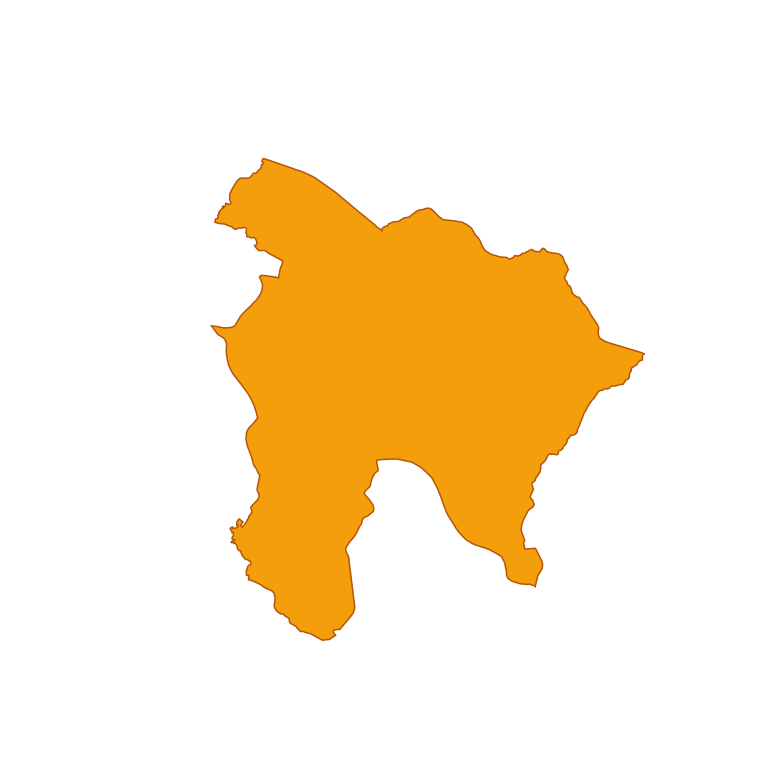 outline of Kampong Tralach, Kâmpóng Chhnang, Cambodia, rotated 143°
{"feature_id": "14789045B48550542527991", "entity_name": "Kampong Tralach", "entity_type": "district", "adm_level": 2, "iso_a3": "KHM", "parent_name": "Cambodia", "parent_adm1": "Kâmpóng Chhnang", "projection": "orthographic", "projection_center": [104.762, 11.974], "detail": "fine", "context": "isolated", "style": "filled", "palette": "amber", "viewbox_px": 768, "rotation_deg": 143, "n_neighbors": 0, "source": "geoboundaries", "source_scale": "gbopen_adm2", "svg_char_len": 6171}
<svg xmlns="http://www.w3.org/2000/svg" viewBox="0 0 768 768"><g transform="rotate(143 384 384)"><path d="M566.9,214.6L548.8,218.8L547.0,219.5L545.7,220.1L543.5,221.6L541.4,223.8L516.2,267.5L515.4,271.9L514.3,274.6L513.2,276.1L506.2,278.7L501.5,279.5L495.9,281.4L489.8,284.6L486.0,286.0L482.8,288.7L481.7,289.1L479.1,289.2L477.2,288.5L469.1,288.6L467.0,290.8L465.6,294.1L465.3,301.2L465.8,307.4L465.4,308.9L463.8,309.7L456.9,310.6L451.8,314.8L448.6,316.8L444.8,318.3L442.2,318.3L440.5,318.7L435.9,327.6L430.9,324.9L427.9,322.7L424.3,320.4L418.6,316.1L409.0,305.1L404.8,295.7L403.2,287.5L402.2,280.5L403.9,269.4L407.1,257.5L409.7,250.0L411.8,241.5L413.3,225.1L413.4,220.9L413.0,215.7L412.2,210.6L409.8,204.1L408.1,200.9L400.9,190.6L399.1,187.4L395.3,179.0L394.0,175.7L395.2,168.6L396.7,165.7L399.1,160.3L400.9,158.1L402.0,154.1L400.4,149.3L397.5,145.3L395.2,142.2L390.0,137.6L388.0,136.4L385.5,132.6L385.2,131.2L376.4,138.4L374.2,139.1L368.7,141.6L366.4,143.8L365.1,146.1L364.3,148.4L362.0,161.5L363.2,162.6L370.8,167.3L368.2,173.1L365.8,174.3L362.8,184.0L362.0,185.3L358.8,188.5L354.1,191.8L345.2,196.0L343.9,196.4L339.0,196.2L336.3,197.5L336.2,199.3L335.2,201.9L335.4,204.2L335.2,206.0L328.0,210.0L326.5,214.5L325.5,215.5L323.9,215.9L321.8,215.8L318.8,217.8L317.7,217.8L315.7,218.7L312.9,219.5L309.7,222.1L307.5,225.1L303.7,225.4L300.9,226.0L299.5,226.5L296.1,228.4L293.6,228.5L292.5,226.9L291.0,226.5L289.4,224.2L288.1,223.3L287.0,223.3L285.9,224.2L285.3,225.2L284.0,225.3L282.1,224.6L280.9,225.0L279.3,225.1L278.3,226.1L275.3,226.3L272.7,227.7L270.6,229.5L269.3,229.5L267.8,229.9L267.1,230.6L265.0,230.2L262.8,229.0L260.1,228.9L258.5,229.5L256.8,231.4L252.7,233.3L250.9,234.7L245.4,237.9L241.6,240.5L240.1,240.8L234.8,243.4L230.2,245.0L227.4,245.9L225.2,246.1L217.7,248.8L215.6,248.9L213.6,247.7L210.9,247.3L209.4,246.6L208.7,245.8L207.0,245.0L204.5,245.5L203.6,245.3L199.7,242.9L196.3,241.8L193.4,239.9L188.7,241.5L185.9,241.1L184.3,241.6L182.2,244.0L180.8,245.1L178.7,245.6L177.8,247.0L176.5,247.8L174.5,247.5L173.4,247.8L170.7,247.1L168.8,248.0L166.1,248.8L165.2,248.3L163.1,247.7L161.3,250.3L160.1,251.3L158.0,251.4L159.2,253.7L180.0,282.1L181.9,285.1L183.7,289.6L184.0,291.5L183.6,293.3L182.1,296.0L178.7,299.7L177.8,303.4L177.2,314.3L176.1,321.4L176.1,323.7L176.5,328.7L176.0,335.5L177.4,337.4L178.6,340.4L178.9,343.0L176.6,349.4L177.5,352.5L176.4,356.0L176.7,358.1L176.2,359.9L170.8,363.1L168.0,364.4L166.7,368.8L166.4,372.7L164.7,378.1L165.4,381.3L166.9,383.7L171.0,387.7L172.9,389.9L174.3,392.0L174.4,394.8L175.2,396.6L176.3,396.9L179.0,396.2L180.4,396.2L183.2,398.5L185.1,402.6L190.6,403.7L193.6,404.0L194.8,405.1L196.7,404.9L198.6,405.1L200.9,406.2L202.3,407.9L203.8,407.4L205.2,407.4L208.9,408.2L209.5,410.5L210.4,411.8L214.6,415.3L220.5,423.3L222.8,429.6L222.8,432.6L222.2,436.5L221.2,439.8L220.8,443.7L221.3,447.9L220.4,455.7L221.0,458.3L222.4,462.6L224.3,466.2L229.2,471.5L237.8,479.5L239.5,485.0L240.6,493.8L241.3,495.9L242.4,497.5L245.3,499.3L247.2,499.6L251.5,501.9L254.4,502.4L259.3,502.3L261.0,502.5L262.9,501.9L267.7,504.4L270.8,504.9L274.0,504.9L278.9,507.7L282.9,508.9L284.4,509.0L285.3,508.4L286.3,508.3L287.2,509.0L288.9,509.1L290.1,509.5L291.6,509.4L293.5,507.6L293.7,509.2L295.3,514.0L295.3,515.5L300.5,536.7L307.3,566.0L314.8,589.6L316.1,592.7L320.6,601.2L343.2,634.9L344.9,636.8L346.8,635.9L347.8,635.0L347.4,632.8L348.4,632.3L350.0,632.7L351.6,631.1L353.1,630.2L355.6,630.4L356.8,629.8L359.7,629.4L361.4,631.0L364.9,629.9L367.1,629.7L368.2,630.0L371.1,631.8L372.9,633.6L374.7,634.7L376.3,634.9L379.5,634.5L387.3,631.4L392.7,628.6L396.4,624.0L397.1,621.1L398.2,620.2L399.7,620.3L400.2,621.8L401.7,623.6L403.4,621.8L404.3,621.4L405.4,622.9L406.5,622.7L406.1,621.5L407.3,621.3L408.3,621.5L409.6,621.4L412.7,620.4L412.9,619.3L413.9,619.3L415.4,618.6L416.3,616.6L417.4,616.6L419.3,617.1L421.7,614.9L418.8,611.1L415.0,607.7L412.6,603.5L410.6,600.6L410.4,598.2L409.8,597.0L405.5,595.7L404.9,594.8L403.1,593.8L401.7,593.3L400.5,592.4L400.4,591.0L400.9,590.1L403.2,587.9L403.4,586.3L404.4,585.0L404.8,584.0L402.8,582.4L402.4,580.7L399.7,579.4L399.1,577.9L399.5,575.8L400.7,573.0L401.7,572.2L402.9,571.9L403.9,572.5L404.2,570.9L404.1,567.9L403.7,565.9L402.5,564.9L399.4,562.9L398.4,561.2L397.3,557.5L390.8,543.3L393.4,541.0L397.4,538.6L404.4,532.3L407.0,535.4L415.0,543.4L417.3,544.9L419.2,544.3L419.5,542.0L421.0,536.9L422.6,534.7L424.8,532.7L428.1,530.4L434.8,527.9L439.5,527.4L443.9,526.4L446.3,526.4L455.4,525.1L459.6,523.8L466.6,520.8L468.4,520.4L471.6,521.0L475.2,523.0L478.2,525.3L480.3,527.4L481.8,529.5L486.8,534.2L486.9,524.8L486.5,522.4L484.4,517.6L484.4,514.8L485.6,510.8L490.7,504.5L494.2,498.3L496.6,492.9L497.5,489.3L498.5,482.9L498.3,470.6L498.4,458.3L499.2,452.3L500.6,445.3L503.4,437.4L505.3,433.0L511.2,431.3L517.9,430.4L520.6,429.3L523.2,427.8L527.6,422.8L530.6,416.2L533.6,405.8L536.3,399.0L537.0,396.5L537.0,392.7L538.1,388.7L537.9,386.6L538.8,385.3L548.9,376.2L549.5,374.8L550.3,371.0L552.2,368.6L555.1,367.5L563.0,366.2L564.8,365.6L565.5,363.1L566.6,361.4L568.4,360.3L571.3,359.9L572.3,359.0L573.6,358.1L574.9,357.9L576.6,356.8L580.4,355.5L583.2,355.0L583.6,356.8L583.2,357.6L579.7,358.6L579.9,359.9L580.4,361.1L580.4,362.3L581.3,363.6L583.0,362.8L584.1,362.7L586.1,360.6L586.7,359.6L585.6,358.9L586.0,358.1L587.1,357.8L588.5,357.9L591.7,359.7L590.9,360.8L591.9,361.3L593.5,361.3L594.2,360.6L594.2,358.0L594.9,356.5L593.9,356.2L593.9,355.3L596.0,353.3L597.1,353.2L598.6,351.8L597.2,349.2L601.0,350.0L601.2,349.1L600.0,348.6L600.0,347.1L598.5,346.9L598.9,342.9L600.0,340.9L600.2,338.7L599.0,336.6L599.9,334.5L600.5,332.0L600.2,327.5L598.4,325.2L598.3,324.0L597.5,322.9L598.3,320.5L600.0,320.1L601.1,320.6L602.0,320.5L606.4,317.7L608.9,314.0L607.3,312.5L610.0,309.2L608.3,307.2L604.8,301.1L603.0,297.3L602.5,294.8L601.1,291.6L599.7,289.4L597.9,285.8L597.8,283.0L600.1,278.1L605.4,272.7L606.2,270.1L606.4,268.3L605.7,264.4L604.8,262.6L603.4,261.6L602.6,259.1L602.4,257.3L601.5,255.9L600.9,254.0L602.8,250.5L602.6,248.8L600.3,243.8L600.2,240.6L599.8,236.6L597.3,235.0L596.7,233.5L592.8,228.5L587.4,216.5L581.3,212.8L573.8,212.5L573.9,216.4L572.0,217.7L566.9,214.6Z" fill="#f59e0b" stroke="#b45309" stroke-width="1.5"/></g></svg>